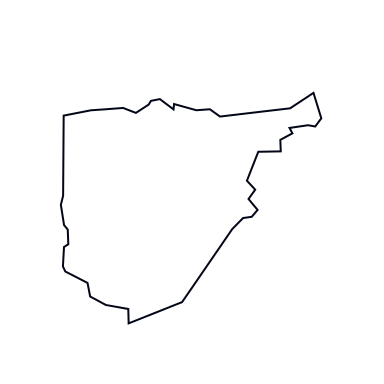 Lewis, West Virginia, United States of America (Albers equal-area conic projection), rotated 254°
{"feature_id": "52423323B98686556304420", "entity_name": "Lewis", "entity_type": "district", "adm_level": 2, "iso_a3": "USA", "parent_name": "United States of America", "parent_adm1": "West Virginia", "projection": "albers", "projection_center": [-80.482, 38.948], "detail": "fine", "context": "isolated", "style": "outline", "palette": "ink", "viewbox_px": 384, "rotation_deg": 254, "n_neighbors": 0, "source": "geoboundaries", "source_scale": "gbopen_adm2", "svg_char_len": 713}
<svg xmlns="http://www.w3.org/2000/svg" viewBox="0 0 384 384"><g transform="rotate(254 192 192)"><path d="M253.8,336.1L245.4,309.4L250.3,279.6L256.8,239.7L266.6,232.0L269.4,218.7L281.5,199.0L276.5,197.0L290.2,186.7L290.9,177.6L288.0,174.5L283.5,159.9L291.8,148.9L295.4,131.4L298.4,117.4L300.8,89.7L224.0,67.1L215.8,62.4L195.5,59.9L190.1,62.2L175.9,58.7L174.4,53.8L156.0,47.4L150.5,48.3L133.4,66.5L119.6,65.3L107.1,78.1L97.1,98.5L83.2,94.9L88.9,152.1L100.8,166.6L145.3,220.5L152.9,233.9L151.7,242.6L156.7,250.1L169.7,244.4L176.8,253.4L187.7,247.9L212.4,266.8L206.6,288.5L217.8,291.3L220.7,304.7L226.7,303.4L224.2,322.0L221.0,328.5L227.2,336.6L253.8,336.1Z" fill="none" stroke="#020617" stroke-width="2"/></g></svg>